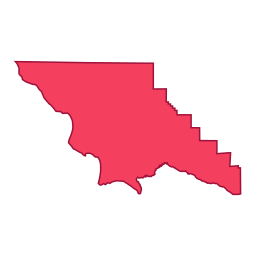 outline of San Luis Obispo, California, United States of America
{"feature_id": "52423323B67227670427960", "entity_name": "San Luis Obispo", "entity_type": "district", "adm_level": 2, "iso_a3": "USA", "parent_name": "United States of America", "parent_adm1": "California", "projection": "orthographic", "projection_center": [-120.239, 35.346], "detail": "fine", "context": "isolated", "style": "filled", "palette": "rose", "viewbox_px": 256, "rotation_deg": 0, "n_neighbors": 0, "source": "geoboundaries", "source_scale": "gbopen_adm2", "svg_char_len": 4805}
<svg xmlns="http://www.w3.org/2000/svg" viewBox="0 0 256 256"><path d="M15.4,61.6L17.0,63.4L17.9,65.4L19.0,67.9L19.0,73.7L20.2,75.4L21.2,76.1L22.0,77.2L22.5,79.5L24.0,80.6L26.6,82.1L33.2,84.5L34.0,84.2L36.6,85.4L39.4,89.7L40.6,90.6L41.5,91.7L44.3,98.2L49.3,104.0L50.1,104.3L53.4,107.8L56.0,111.3L59.3,111.6L60.1,111.4L61.7,112.4L62.3,113.2L62.8,113.4L67.5,113.1L68.8,114.1L70.3,115.9L72.1,119.9L72.5,121.4L72.9,126.2L72.8,128.2L72.3,131.1L70.7,136.0L69.6,138.4L68.6,141.9L68.6,142.8L71.5,146.1L73.5,148.9L74.6,149.3L79.6,152.2L81.9,153.2L82.8,154.5L85.0,155.9L85.5,155.8L85.4,154.5L85.7,153.7L86.4,153.3L88.2,153.2L90.6,153.5L91.8,154.0L92.4,154.3L93.9,155.8L95.3,156.9L96.1,157.1L96.8,156.9L98.2,157.7L99.0,158.9L100.0,161.3L100.6,164.5L100.7,168.0L100.7,170.5L100.2,174.7L99.4,179.1L98.3,183.3L98.6,183.6L99.4,184.6L100.7,185.1L100.9,185.0L101.3,184.9L103.8,183.6L104.1,183.8L104.9,184.5L105.4,184.5L106.2,184.1L106.9,183.1L108.2,182.9L108.4,182.9L109.2,183.2L109.7,183.4L109.9,183.3L110.5,182.9L111.0,182.6L112.1,181.9L116.2,180.8L118.7,180.9L121.9,181.2L122.6,181.2L123.2,181.3L123.8,181.4L124.2,181.6L125.0,182.2L125.8,182.7L126.9,183.4L127.9,184.0L128.1,184.2L131.3,186.3L133.9,188.4L134.2,188.6L134.7,189.0L135.6,189.4L136.3,189.9L137.2,190.7L137.5,191.2L137.6,191.5L138.0,192.7L138.4,193.4L138.8,193.6L139.4,193.8L140.1,193.5L140.4,193.5L140.6,193.2L140.6,192.9L140.8,191.5L141.0,191.2L141.4,189.3L141.2,187.5L140.9,186.9L140.2,186.4L140.0,185.8L140.3,185.3L139.9,184.4L138.6,183.0L138.6,182.0L137.9,181.7L137.7,181.8L137.2,181.5L136.8,180.8L136.3,179.1L136.8,178.2L137.5,177.3L137.6,177.2L137.9,177.2L139.1,178.1L141.4,177.5L142.9,177.9L144.2,176.6L144.9,176.1L145.0,175.9L145.2,175.7L145.3,175.7L145.4,175.9L145.3,176.0L145.3,176.6L145.4,176.9L145.7,177.0L145.8,176.8L146.1,176.3L146.2,175.7L146.3,175.4L146.6,175.2L146.8,175.4L147.1,176.0L147.5,176.2L147.8,176.3L148.2,176.2L148.5,176.2L148.7,176.4L148.7,176.5L148.9,176.6L149.2,176.5L149.4,176.3L149.9,176.4L150.2,176.5L150.7,176.3L151.1,176.5L151.4,176.4L151.4,176.1L151.5,176.1L151.9,176.0L152.2,175.5L152.6,175.3L153.2,175.3L153.7,175.2L154.0,175.1L154.0,174.9L154.2,174.4L154.6,174.2L154.9,174.1L154.8,173.7L154.7,173.6L154.7,173.3L154.8,173.2L154.6,172.9L154.4,172.4L154.7,171.9L155.0,171.4L155.1,170.7L155.7,170.3L155.9,170.1L155.8,169.9L155.8,169.5L155.7,169.4L155.8,169.2L155.9,169.3L156.1,169.2L156.3,168.9L156.5,168.6L156.8,168.5L157.2,168.4L157.6,168.3L157.9,168.1L158.0,168.0L158.0,167.8L158.3,167.5L158.5,167.6L158.7,167.4L158.8,167.2L159.0,167.2L159.2,167.3L159.6,167.4L159.7,167.2L159.8,166.9L159.6,166.8L159.4,166.8L159.2,166.7L159.3,166.4L159.5,166.3L159.7,166.2L159.4,165.7L159.6,165.5L159.8,165.7L160.0,165.7L160.3,165.3L160.5,165.3L160.8,165.6L161.1,165.6L161.1,165.8L161.0,166.1L161.4,166.2L161.5,166.0L161.4,165.6L161.6,165.3L161.7,165.1L161.8,164.9L161.9,165.1L162.1,165.2L162.4,165.1L162.5,164.8L162.4,164.6L162.4,164.3L162.6,164.2L162.8,163.9L162.9,164.1L163.2,164.4L163.6,164.3L163.8,164.0L163.7,163.9L163.9,163.6L164.2,163.7L164.3,163.7L164.4,163.4L164.4,163.2L164.6,162.9L164.8,163.1L164.8,163.3L164.9,163.5L165.1,163.4L165.1,163.2L165.3,163.0L165.6,162.8L166.3,162.9L166.7,162.7L167.1,162.8L167.0,163.1L166.7,163.4L166.6,163.5L166.4,163.5L166.6,163.8L166.8,164.0L167.5,164.2L168.0,164.3L168.1,164.6L168.4,165.1L169.4,165.7L169.5,165.9L171.4,166.9L172.2,166.5L173.8,167.5L174.1,167.7L174.8,167.5L175.1,168.1L175.3,168.5L176.7,169.0L177.2,169.6L178.7,170.4L178.8,170.5L179.4,170.9L180.5,171.2L181.5,171.4L181.9,171.2L182.1,171.3L182.9,171.3L183.3,171.3L183.8,171.4L184.4,171.4L184.7,171.3L185.3,171.0L185.6,170.9L185.8,171.4L186.2,171.8L187.1,172.5L187.4,172.6L187.6,172.9L187.5,173.1L187.7,173.6L188.0,173.9L188.2,174.0L188.6,173.9L189.0,174.1L189.6,173.9L189.9,173.7L190.4,173.6L190.7,173.7L191.7,174.0L192.1,174.3L192.4,174.3L193.2,174.7L194.0,174.9L194.9,175.6L195.3,176.4L195.5,177.0L196.0,177.3L197.1,178.5L198.1,178.9L199.1,179.4L199.8,179.3L200.2,179.7L200.9,180.0L201.6,180.8L202.0,181.0L203.1,181.0L205.1,182.0L206.4,182.4L207.3,183.2L209.6,183.2L210.1,183.3L211.1,183.6L211.7,183.3L212.2,183.1L213.2,183.0L215.3,183.6L216.2,183.4L216.9,183.7L218.7,185.1L219.7,186.1L220.5,186.3L221.0,186.3L221.7,186.7L222.4,186.9L223.3,186.7L224.3,187.4L225.6,188.5L226.3,189.2L226.6,189.8L227.4,190.5L228.7,191.4L229.9,192.0L231.5,193.2L232.1,193.7L232.9,194.4L233.0,194.4L238.5,194.4L240.6,193.9L240.4,167.9L238.3,167.9L238.3,165.8L229.8,166.4L230.6,152.8L228.4,152.8L216.9,153.7L216.9,140.7L199.7,140.6L199.6,127.8L191.1,127.7L191.1,114.8L187.0,114.8L177.0,114.8L176.9,110.4L174.7,110.4L174.9,108.2L172.6,108.2L172.6,106.0L170.5,106.0L170.5,104.0L168.3,104.0L168.4,102.0L166.2,101.9L166.3,88.9L153.3,89.0L153.3,63.2L150.9,63.2L146.5,63.2L86.7,62.7L15.4,61.6Z" fill="#f43f5e" stroke="#9f1239" stroke-width="1.5"/></svg>